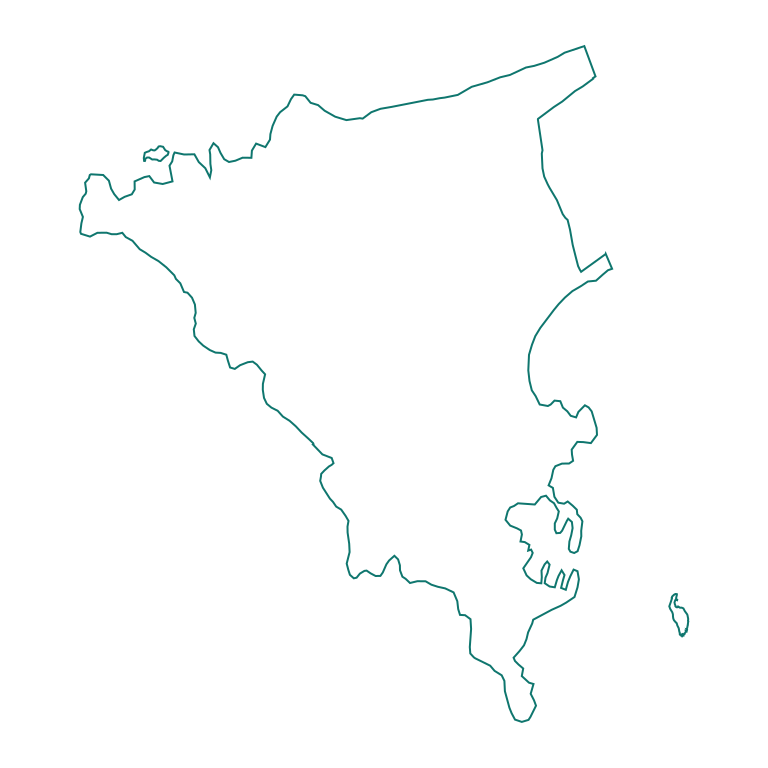 Dakar, Dakar, Senegal
{"feature_id": "50182788B18539004609148", "entity_name": "Dakar", "entity_type": "district", "adm_level": 2, "iso_a3": "SEN", "parent_name": "Senegal", "parent_adm1": "Dakar", "projection": "robinson", "projection_center": [-17.439, 14.712], "detail": "fine", "context": "isolated", "style": "outline", "palette": "teal", "viewbox_px": 768, "rotation_deg": 0, "n_neighbors": 0, "source": "geoboundaries", "source_scale": "gbopen_adm2", "svg_char_len": 6078}
<svg xmlns="http://www.w3.org/2000/svg" viewBox="0 0 768 768"><path d="M562.7,214.1L556.9,200.1L549.5,187.7L547.7,184.3L544.2,176.6L542.5,168.4L541.8,153.6L542.5,150.3L537.9,119.5L538.0,118.9L553.9,107.0L562.3,101.5L575.1,91.0L582.8,86.4L593.2,78.7L593.0,78.1L595.5,76.4L584.3,46.1L564.6,52.7L557.6,56.9L544.4,62.7L534.1,65.9L526.0,67.5L509.8,75.0L500.2,77.3L487.4,82.3L471.7,86.8L457.8,94.9L444.6,97.6L439.7,98.2L432.9,99.5L427.9,99.8L391.6,106.9L380.5,108.8L371.3,112.2L362.7,118.6L359.9,118.2L346.4,120.1L335.2,116.7L324.6,110.7L318.1,105.1L310.6,102.8L305.3,96.2L302.6,95.3L294.2,94.6L291.0,99.1L287.5,106.4L280.1,112.2L276.7,116.6L272.6,125.9L270.4,134.1L270.0,139.6L265.4,147.1L256.1,143.6L251.9,150.6L251.4,157.8L242.6,157.7L235.4,160.7L229.0,162.0L224.2,159.2L220.5,152.9L218.0,147.2L213.5,143.2L209.5,150.0L210.2,154.3L210.4,164.0L211.3,170.2L209.9,177.4L205.3,168.2L198.8,162.1L194.4,154.3L184.1,154.5L174.6,152.5L173.4,155.2L172.2,161.4L169.5,165.7L172.5,181.4L162.7,184.0L154.1,182.5L149.3,176.1L144.4,177.1L134.6,181.4L134.7,189.5L131.8,194.3L124.7,196.8L119.0,200.0L114.2,194.1L111.1,188.7L108.9,180.7L103.2,175.0L91.0,174.3L89.8,175.0L88.9,178.4L85.1,182.7L86.3,191.3L85.7,193.7L82.8,197.1L79.9,204.8L79.7,209.1L82.9,216.9L81.4,223.3L80.3,232.0L81.0,233.8L90.0,236.6L97.4,232.8L106.6,232.7L111.6,234.2L116.7,234.2L122.3,232.8L125.8,237.1L132.5,240.8L139.7,249.2L145.5,252.7L151.2,256.9L158.5,261.1L166.3,267.3L174.3,275.3L175.9,278.9L180.3,283.3L184.0,292.0L187.5,292.7L192.0,297.7L194.9,304.5L195.7,312.9L194.3,317.9L195.8,323.6L193.8,329.3L194.5,336.0L198.7,341.4L203.2,345.6L209.7,350.0L215.5,352.6L220.7,352.9L226.3,354.7L227.9,360.6L230.1,367.5L234.8,368.9L240.1,365.2L247.8,362.2L252.7,361.6L256.9,364.7L261.6,370.5L265.1,374.3L262.9,383.9L262.8,389.8L264.0,397.9L266.8,403.8L271.4,407.6L277.7,410.8L282.9,416.6L289.6,420.8L295.9,426.4L301.6,432.5L308.9,439.1L313.1,443.1L313.5,444.1L312.9,444.5L322.4,454.4L331.7,458.0L333.5,463.2L331.6,464.9L329.0,466.4L324.4,470.5L321.2,473.9L321.0,476.3L320.2,480.9L322.9,487.7L329.9,498.6L333.0,501.9L336.2,506.6L341.2,509.6L345.6,515.9L348.5,520.9L347.5,526.6L347.6,532.6L349.2,543.8L349.6,552.1L346.7,563.6L348.3,569.8L349.9,574.8L353.8,578.3L356.6,577.7L359.9,573.6L364.4,570.9L366.6,570.6L370.7,573.4L375.6,576.0L380.4,575.9L382.8,572.5L386.4,564.3L389.1,560.5L394.4,555.8L398.1,559.4L399.9,565.3L400.0,570.3L402.4,576.7L405.6,578.8L410.0,583.0L417.4,581.2L425.6,581.3L431.4,584.7L437.9,586.8L445.2,588.4L453.6,592.4L457.3,601.2L458.2,609.1L460.0,614.9L465.1,615.2L470.5,619.2L471.1,629.0L469.8,647.1L470.3,653.5L473.9,657.4L475.2,658.3L490.2,665.7L494.6,670.9L501.7,675.3L504.4,680.9L504.9,691.2L509.4,707.7L511.6,713.2L515.0,719.6L521.8,721.9L528.5,719.9L530.4,717.0L536.0,705.7L534.0,700.3L530.7,693.8L533.5,684.0L529.0,682.7L521.8,676.1L523.2,668.5L518.5,664.5L515.0,661.0L513.6,657.7L519.5,651.1L524.0,645.3L526.5,639.1L528.1,632.4L532.2,623.5L533.2,619.7L551.7,609.8L560.6,605.8L566.2,602.6L574.5,597.0L577.5,587.4L578.9,579.3L577.5,571.2L573.6,569.6L570.3,576.3L568.0,581.9L565.8,589.8L561.1,587.9L562.9,580.5L564.5,575.0L561.6,570.3L558.5,576.0L556.9,580.1L554.8,587.3L549.6,586.5L544.7,583.2L545.5,577.7L547.5,573.1L549.6,564.6L547.2,561.5L544.6,564.4L541.5,570.6L541.8,577.1L541.3,583.3L536.8,582.9L530.7,579.2L526.6,575.4L523.3,568.3L531.0,557.2L532.7,552.9L531.1,549.6L528.2,550.6L529.4,544.9L524.8,542.1L520.5,541.5L521.9,534.5L521.0,530.5L517.1,528.4L510.2,525.6L505.5,519.8L507.7,511.4L510.2,507.5L514.0,506.0L518.0,503.3L534.8,504.5L541.1,497.0L546.0,495.7L549.9,500.4L554.0,503.2L556.7,508.1L558.8,511.4L557.2,518.4L554.8,523.4L554.8,529.6L556.4,533.2L560.2,532.9L562.1,530.7L566.9,520.8L568.2,518.7L571.9,522.0L572.6,528.1L571.2,535.3L569.4,541.5L568.8,548.9L570.4,551.7L574.2,553.0L577.6,551.2L579.5,545.2L581.3,536.3L581.2,530.8L582.4,521.3L580.6,517.7L577.3,514.2L576.8,509.7L572.7,505.7L567.7,501.5L564.1,503.7L558.3,502.7L554.4,496.8L552.9,487.9L548.6,485.4L551.5,478.2L553.3,469.8L555.4,466.2L562.0,463.6L569.1,463.5L573.1,460.8L572.0,454.6L571.7,449.6L577.3,441.9L583.3,442.1L590.9,443.1L597.0,434.9L596.6,427.8L591.7,411.4L588.6,407.4L584.9,405.3L578.4,411.9L576.1,417.4L570.7,415.8L567.3,411.3L562.9,407.6L560.3,401.2L554.5,400.6L550.7,404.5L547.9,406.0L539.7,404.5L535.7,396.2L531.8,390.3L529.5,381.0L528.3,370.4L529.0,354.8L532.0,344.7L535.3,336.1L540.3,327.9L554.0,309.8L558.6,304.2L564.9,297.6L572.4,291.1L580.8,286.2L587.9,281.5L596.0,280.7L602.8,274.6L608.0,270.2L612.1,268.8L605.7,253.8L605.6,254.1L581.1,271.8L579.8,269.6L578.1,266.1L575.8,257.2L572.7,244.9L570.0,229.6L567.6,219.9L565.3,217.8L562.7,214.1ZM676.8,594.1L675.4,594.0L673.9,594.8L673.6,595.3L673.2,595.5L672.2,596.5L672.0,597.0L672.0,598.0L671.7,598.1L671.8,598.9L671.0,601.4L669.3,606.3L670.2,608.9L672.3,612.3L672.9,614.3L673.0,616.7L673.3,618.6L673.9,620.1L674.4,620.8L675.5,621.9L675.6,622.3L676.5,622.9L677.0,624.1L677.3,625.4L678.7,628.2L679.4,632.0L679.7,632.5L679.8,634.4L680.0,634.7L680.6,634.6L681.2,635.7L681.6,635.7L682.1,636.3L682.3,636.1L682.3,634.1L682.6,634.0L683.0,635.6L683.5,635.6L683.6,634.2L684.5,634.1L684.7,633.3L685.4,632.5L685.7,631.7L686.2,631.6L686.3,631.4L685.9,630.7L686.3,630.7L686.5,630.2L686.5,630.9L686.7,631.1L686.9,630.4L686.6,629.7L687.0,629.9L687.1,629.7L686.8,628.6L687.2,627.9L687.7,625.2L687.9,624.9L687.8,624.5L688.2,621.7L688.3,621.3L688.0,620.9L688.2,619.0L687.5,615.3L687.2,614.4L684.8,611.1L683.4,608.4L681.8,607.7L680.0,607.7L678.1,606.5L677.7,607.2L676.8,607.3L676.1,607.0L675.4,606.2L675.5,605.7L674.9,604.4L674.5,602.4L675.2,600.3L675.6,599.7L677.1,600.2L677.2,599.7L676.2,599.2L676.1,598.9L676.2,597.7L676.9,594.7L676.8,594.1ZM165.2,150.1L163.1,146.8L160.2,146.2L158.6,146.5L157.6,148.0L156.0,149.5L154.7,150.4L153.1,150.3L151.1,149.5L148.9,151.3L146.9,151.9L144.8,152.8L143.8,158.0L144.1,160.9L144.9,161.0L145.2,160.3L145.2,158.9L147.1,157.5L149.1,157.5L152.2,159.5L154.2,159.4L157.1,159.7L158.7,160.8L160.6,161.0L163.9,157.7L166.5,155.5L167.6,155.0L168.1,153.8L168.5,152.6L168.4,151.8L166.9,151.2L165.2,150.1Z" fill="none" stroke="#0f766e" stroke-width="2"/></svg>